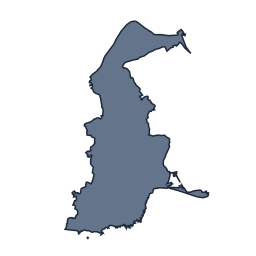 Tramore-Waterford City West Lea-6, Waterford, Ireland, rotated 354°
{"feature_id": "5873133B15646893795596", "entity_name": "Tramore-Waterford City West Lea-6", "entity_type": "district", "adm_level": 2, "iso_a3": "IRL", "parent_name": "Ireland", "parent_adm1": "Waterford", "projection": "mercator", "projection_center": [-7.169, 52.204], "detail": "fine", "context": "isolated", "style": "filled", "palette": "slate", "viewbox_px": 256, "rotation_deg": 354, "n_neighbors": 0, "source": "geoboundaries", "source_scale": "gbopen_adm2", "svg_char_len": 5924}
<svg xmlns="http://www.w3.org/2000/svg" viewBox="0 0 256 256"><g transform="rotate(354 128 128)"><path d="M184.6,51.5L186.8,50.1L188.3,48.1L189.0,48.5L190.7,50.5L192.7,54.2L198.3,60.4L194.2,53.6L191.0,41.3L191.9,40.9L194.3,42.1L194.9,40.8L192.3,39.5L193.2,38.7L191.2,35.6L187.1,38.0L186.9,38.8L187.6,39.2L187.4,40.6L187.0,40.8L178.0,40.4L170.8,38.6L165.6,38.1L163.4,37.6L161.4,35.1L159.5,33.8L155.1,30.2L148.1,23.4L146.4,22.6L144.1,22.4L141.5,22.9L140.3,23.5L137.7,25.1L135.5,27.0L131.2,31.1L125.3,38.9L122.5,43.4L112.8,53.8L111.2,56.4L109.5,60.3L107.1,64.3L102.5,68.4L98.1,71.1L95.6,73.4L96.2,74.3L96.7,76.4L94.9,77.1L94.3,78.6L94.5,79.0L95.7,79.0L96.5,79.8L96.5,80.5L96.1,81.1L94.9,81.1L94.7,82.0L97.1,81.4L97.1,83.5L95.5,84.5L96.9,85.8L97.7,88.5L99.3,90.0L103.1,92.0L103.9,95.8L104.1,101.0L104.4,101.7L104.1,104.4L104.9,105.8L105.2,107.5L104.2,112.2L104.4,113.2L102.6,113.0L102.8,114.7L102.2,115.8L101.4,116.1L100.0,114.9L98.7,114.7L94.7,115.9L92.1,117.9L86.7,119.0L85.7,119.5L85.3,120.5L84.9,120.4L84.9,121.4L85.6,121.8L87.3,126.4L86.6,127.3L86.5,130.7L90.6,131.6L90.7,132.8L93.7,134.5L93.5,138.6L93.1,139.3L93.4,139.8L90.7,142.4L89.0,143.0L88.6,144.8L88.8,145.3L88.2,146.1L88.5,146.7L87.6,147.3L86.7,146.9L84.9,147.0L83.4,148.1L85.2,150.4L84.7,151.3L85.4,151.5L85.1,152.5L86.3,152.9L88.9,151.1L89.0,152.1L87.9,154.4L87.3,157.3L87.1,159.9L89.4,163.4L87.9,168.6L89.4,170.7L87.4,176.3L85.6,179.7L82.3,177.8L80.9,177.6L80.0,179.9L79.8,182.1L77.4,182.5L75.1,183.5L73.7,188.2L71.7,188.3L71.6,187.3L70.6,187.0L69.0,187.5L69.2,186.7L68.4,186.1L68.1,185.1L65.8,186.3L65.8,187.5L66.1,187.5L66.5,188.7L67.5,188.8L66.7,190.9L69.5,190.6L69.3,193.6L68.3,194.8L67.3,194.8L65.2,198.9L66.4,199.0L67.5,200.2L66.8,202.9L68.1,203.4L69.1,205.0L69.1,208.1L66.9,210.1L66.0,212.3L64.5,211.9L63.5,212.2L63.1,211.4L62.0,211.2L59.6,211.5L58.5,212.3L57.9,214.9L58.0,216.3L56.9,216.9L56.4,220.1L54.8,222.2L66.6,224.8L67.6,225.7L67.8,228.1L69.1,227.4L69.5,226.0L70.0,226.3L70.2,225.6L72.0,225.8L72.5,225.3L74.4,224.9L76.2,225.9L77.9,225.8L81.2,227.9L83.9,227.6L86.5,228.0L88.7,229.3L90.2,229.6L90.6,227.9L92.2,226.2L94.2,225.8L95.4,224.6L96.5,224.6L97.4,225.6L97.9,225.0L98.2,225.2L98.0,224.5L99.4,223.5L99.5,223.0L101.9,223.3L105.1,224.7L105.1,225.5L105.4,225.7L105.1,226.4L106.5,224.9L107.0,225.3L106.6,225.8L106.9,226.2L107.7,225.7L107.6,224.9L108.5,224.7L109.5,225.1L109.8,226.3L110.2,224.5L111.3,224.3L111.8,224.6L112.4,224.3L112.5,225.3L112.8,224.3L113.5,224.2L113.5,223.5L114.8,224.0L114.6,224.9L115.1,224.9L114.9,225.4L115.3,225.7L114.9,225.9L115.1,226.7L115.4,225.5L116.2,226.5L116.3,225.7L116.7,226.2L117.7,225.2L118.4,225.3L118.0,226.4L118.4,226.9L119.5,226.2L119.9,225.1L120.2,225.1L120.6,224.4L121.9,225.0L121.7,226.2L122.6,225.7L123.0,224.2L123.6,223.4L123.6,222.5L123.8,223.3L124.7,223.4L124.2,222.9L124.5,222.5L124.1,222.2L124.9,221.3L125.4,222.0L125.9,221.9L127.0,220.9L127.2,220.2L128.2,221.1L128.2,221.9L129.0,221.5L128.7,222.2L129.3,221.9L129.5,221.1L129.6,221.7L130.0,221.4L129.7,221.9L130.4,222.9L130.7,222.9L130.5,222.3L131.1,222.5L131.4,221.4L131.1,220.1L131.7,220.4L131.9,219.9L131.3,218.6L132.2,218.8L133.1,217.8L132.9,217.0L133.4,217.4L134.1,216.1L134.4,214.1L135.1,214.4L135.2,213.7L135.0,213.9L134.7,213.1L135.0,212.9L135.2,213.3L135.4,212.8L135.3,213.4L135.9,213.1L136.0,212.3L135.2,211.8L135.5,211.7L135.8,212.0L135.7,211.3L136.6,211.1L137.0,209.4L137.2,209.9L137.2,209.4L137.5,209.5L137.2,205.2L137.8,204.8L137.9,205.2L137.8,204.5L138.5,204.4L138.5,202.6L139.1,202.4L139.0,201.8L139.7,201.5L140.9,199.3L142.0,199.3L140.7,199.0L141.2,198.4L141.8,198.9L141.2,198.3L142.8,195.6L145.7,194.9L147.1,191.3L147.8,191.1L151.5,191.0L151.7,190.6L161.0,192.0L161.5,191.6L172.6,196.0L188.9,203.4L195.3,205.2L200.1,204.3L201.1,202.5L200.7,201.7L201.2,200.9L200.3,200.7L199.9,201.4L199.2,199.0L198.6,199.1L198.5,199.9L198.9,200.1L198.4,200.5L198.0,199.7L195.3,199.9L194.3,197.9L193.0,197.2L187.0,197.4L183.1,198.4L180.0,197.9L178.6,195.7L177.7,193.4L177.8,194.6L177.3,194.6L177.1,193.1L176.2,192.0L174.9,188.8L176.6,193.7L176.0,192.5L175.4,194.4L175.7,192.2L173.7,191.0L172.9,190.9L173.1,192.2L173.8,192.2L173.2,192.4L173.3,193.2L173.3,192.8L172.8,192.7L163.9,191.5L161.4,190.2L162.8,189.5L164.9,189.5L165.5,188.5L166.5,188.2L165.2,186.6L163.8,187.2L161.8,187.0L161.0,187.3L162.7,185.2L163.9,182.2L165.0,178.7L164.7,177.2L168.2,177.4L169.7,178.6L170.7,178.3L168.2,179.2L168.3,180.5L168.8,181.0L171.0,180.3L174.3,187.6L171.1,179.8L171.9,176.7L167.2,177.2L165.5,176.8L164.4,175.5L163.4,175.6L162.4,174.5L162.5,173.4L161.5,171.4L160.0,169.9L159.3,167.6L159.8,164.3L160.4,162.9L162.3,160.3L162.4,159.3L166.8,152.0L167.4,150.2L166.9,148.8L168.1,146.2L167.8,145.5L168.2,143.0L165.1,140.8L163.6,139.0L160.6,139.0L157.2,138.2L151.5,138.6L150.6,137.9L147.8,137.1L148.7,135.9L148.8,133.6L149.3,131.7L148.7,128.2L148.8,126.0L148.6,125.3L147.7,124.9L147.2,121.2L149.2,119.6L148.7,117.9L148.9,117.1L150.6,114.3L151.6,113.5L152.9,113.8L154.1,112.5L155.0,112.9L156.4,112.6L155.6,111.1L156.9,109.9L157.2,108.4L153.7,105.5L153.9,104.9L153.2,104.2L152.8,102.7L151.0,102.2L150.7,100.5L151.2,100.0L151.1,98.7L150.4,98.4L147.5,98.9L146.0,100.0L144.6,101.6L144.2,101.5L144.1,99.6L143.0,97.8L145.9,96.8L143.2,92.5L144.1,90.6L143.4,89.3L140.3,85.9L140.1,84.6L139.0,83.5L138.2,79.1L137.2,78.2L135.8,78.4L135.4,72.0L133.3,69.0L131.0,67.8L129.8,67.9L128.9,66.2L131.3,63.1L132.9,62.3L140.4,60.9L144.6,60.6L147.3,58.9L151.7,58.0L157.3,54.7L159.6,54.3L164.1,52.5L167.2,52.2L171.0,50.9L173.2,51.1L174.8,55.7L178.5,52.9L181.4,52.3L181.4,50.9L184.4,50.6L184.6,51.5ZM90.9,230.9L91.5,230.2L90.1,229.7L90.6,230.3L90.1,231.3L90.9,230.9ZM119.6,226.9L119.7,226.1L119.0,226.9L118.9,227.8L119.1,227.5L119.6,227.7L119.6,226.9ZM76.6,232.5L76.0,232.8L76.5,233.6L76.8,233.3L76.5,233.0L76.9,232.9L76.6,232.5ZM115.5,226.7L115.8,227.5L116.0,226.7L115.6,226.4L115.5,226.7ZM92.2,229.7L92.0,229.1L91.7,229.3L92.2,229.7Z" fill="#64748b" stroke="#1e293b" stroke-width="1.5"/></g></svg>